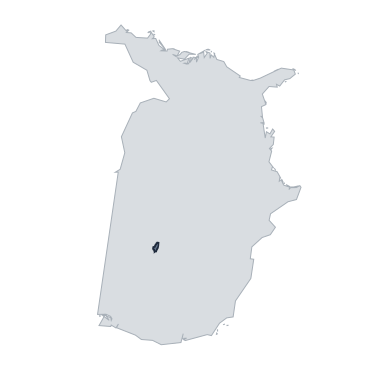 Hot Springs, Wyoming, United States of America shown in context, rotated 278°
{"feature_id": "52423323B29926314501901", "entity_name": "Hot Springs", "entity_type": "district", "adm_level": 2, "iso_a3": "USA", "parent_name": "United States of America", "parent_adm1": "Wyoming", "projection": "orthographic", "projection_center": [-108.577, 43.77], "detail": "fine", "context": "in_parent", "style": "filled", "palette": "slate", "viewbox_px": 384, "rotation_deg": 278, "n_neighbors": 0, "source": "geoboundaries", "source_scale": "gbopen_adm2", "svg_char_len": 4330}
<svg xmlns="http://www.w3.org/2000/svg" viewBox="0 0 384 384"><g transform="rotate(278 192 192)"><path d="M312.3,115.7L329.1,105.0L328.1,85.5L335.6,84.7L340.7,94.2L347.5,98.5L342.4,104.5L343.0,106.5L340.8,104.8L341.1,109.6L337.3,115.0L338.2,126.6L343.0,129.2L344.7,127.6L343.4,126.1L344.4,126.6L345.5,128.6L340.3,133.0L338.3,131.4L339.0,134.7L332.5,138.9L328.9,145.4L328.5,142.8L327.5,141.6L328.1,147.7L330.0,147.9L331.2,152.7L329.8,160.2L324.7,158.3L325.6,153.6L323.9,157.3L326.4,160.9L328.9,162.5L330.1,165.0L328.8,176.6L328.1,170.0L322.5,166.0L322.8,159.0L319.8,162.3L324.2,170.6L319.7,169.5L318.6,170.3L318.7,167.0L318.4,166.2L317.9,168.9L318.5,170.8L325.1,171.9L324.4,174.0L320.9,171.9L319.8,171.8L324.1,174.2L325.7,174.4L325.7,176.9L323.4,175.9L327.2,178.2L326.7,178.9L324.9,177.7L321.2,178.4L326.5,179.8L329.1,178.6L334.4,185.5L330.0,180.3L332.1,184.1L326.8,185.4L331.7,187.8L333.1,185.9L332.1,190.5L326.8,191.3L330.4,192.0L328.4,194.9L331.8,195.0L326.7,198.1L325.6,205.3L320.8,209.0L313.6,223.6L312.0,222.9L310.6,234.3L310.8,236.8L314.3,243.8L327.1,263.2L327.0,275.8L323.1,277.9L317.9,273.1L316.0,268.1L309.1,264.1L310.4,260.7L307.7,261.8L307.2,253.6L298.8,248.0L288.9,253.0L286.2,248.9L275.9,251.4L276.8,249.3L275.3,251.6L270.8,253.6L270.1,250.1L269.8,252.8L255.6,257.0L262.0,257.3L260.4,261.1L265.6,263.1L263.5,265.4L257.6,262.4L257.8,265.7L250.4,265.9L245.8,262.6L243.6,265.2L232.6,264.0L227.0,269.7L228.4,268.2L224.9,267.6L223.9,273.5L217.7,278.2L219.1,276.9L214.8,276.9L216.5,278.6L211.6,281.8L210.3,288.3L207.9,287.6L210.0,289.0L210.9,294.7L213.3,297.9L211.8,299.3L199.1,296.5L195.7,288.4L181.4,272.8L174.7,272.3L168.7,279.5L160.6,275.5L156.7,267.8L146.0,258.9L134.0,259.0L134.0,262.5L114.6,262.3L90.2,250.2L74.0,250.1L72.2,243.9L65.9,237.5L52.5,231.2L52.9,226.9L44.0,206.1L44.6,204.1L46.5,207.0L45.6,202.6L50.5,203.0L41.4,202.0L36.5,182.8L39.6,173.6L38.9,162.4L42.4,155.9L47.1,136.2L51.1,137.5L46.8,135.6L49.0,130.5L47.5,130.3L46.8,118.5L56.4,122.3L53.4,127.8L57.3,124.2L56.2,129.1L53.6,129.9L55.3,130.4L57.5,128.7L59.0,123.8L57.6,115.5L201.4,116.2L200.9,113.3L204.5,117.7L221.5,120.0L236.9,114.4L262.0,122.0L264.0,125.2L273.0,128.4L279.5,141.2L277.6,153.9L281.2,156.7L297.5,141.2L295.0,136.4L296.4,134.9L306.3,130.4L312.3,115.7ZM335.4,140.1L338.2,138.0L329.0,146.3L336.1,138.3L335.4,140.1ZM57.5,120.5L58.3,123.8L58.1,124.3L56.7,121.6L57.5,120.5ZM213.0,296.9L210.9,292.1L210.7,289.2L211.2,292.2L213.0,296.9ZM343.3,104.5L343.9,106.0L343.4,105.9L343.3,104.5ZM246.1,264.1L246.6,265.2L245.3,264.5L246.1,264.1ZM57.4,236.8L59.0,236.3L59.1,236.5L57.4,236.8ZM55.7,236.1L55.0,236.8L54.5,236.0L55.7,236.1ZM343.1,131.9L342.7,133.2L342.4,133.1L343.1,131.9ZM211.4,286.5L210.7,288.9L212.5,284.1L211.4,286.5ZM323.2,256.7L325.7,260.5L322.9,256.4L323.2,256.7ZM65.2,241.7L65.8,243.0L65.1,241.8L65.2,241.7ZM327.8,276.2L326.8,278.0L328.2,274.4L327.8,276.2ZM335.7,188.1L335.1,190.3L334.7,185.8L335.7,188.1ZM56.6,117.7L56.5,118.6L56.0,118.0L56.6,117.7ZM216.6,279.5L214.4,280.9L216.6,279.2L216.6,279.5ZM346.0,130.8L346.4,131.9L345.4,132.1L346.0,130.8ZM64.8,245.2L65.2,246.7L64.6,245.3L64.8,245.2ZM213.9,281.9L213.0,282.6L213.7,281.6L213.9,281.9ZM330.3,167.1L329.8,169.9L330.2,166.1L330.3,167.1ZM226.4,270.8L225.0,272.0L227.0,270.1L226.4,270.8ZM311.1,235.3L311.3,237.3L310.8,236.0L311.1,235.3ZM332.4,195.1L332.1,195.6L332.9,193.7L332.4,195.1ZM292.6,251.5L291.0,253.0L290.3,253.0L292.6,251.5ZM270.1,253.5L269.8,253.9L268.8,254.1L270.1,253.5ZM314.2,269.0L314.7,270.1L313.8,268.8L314.2,269.0ZM266.0,257.2L265.9,258.5L265.5,256.4L266.0,257.2ZM324.5,280.6L323.6,281.1L324.9,280.3L324.5,280.6ZM331.3,153.6L331.1,155.0L331.2,153.0L331.3,153.6ZM334.2,191.1L333.8,191.8L333.7,191.8L334.2,191.1Z" fill="#d9dde1" stroke="#a8b0b8" stroke-width="1"/><path d="M131.7,161.2L130.3,161.2L130.3,161.9L129.6,161.9L129.6,162.6L128.5,162.6L128.5,163.3L128.3,163.3L127.5,163.3L127.3,163.3L127.5,163.5L127.9,164.2L128.1,164.3L128.1,164.9L129.4,164.9L129.4,165.0L130.1,165.0L130.1,165.3L130.8,165.3L130.8,165.6L131.5,165.6L131.5,165.8L132.2,165.8L132.2,166.1L132.9,166.1L133.9,166.2L134.0,166.2L137.2,166.0L137.2,165.8L137.2,164.7L136.5,164.7L136.5,164.0L135.1,164.0L135.1,163.3L133.8,163.3L133.7,163.2L133.8,163.1L133.0,163.1L133.1,162.6L132.4,162.6L132.4,161.9L132.0,161.9L132.0,161.2L131.7,161.2Z" fill="#64748b" stroke="#1e293b" stroke-width="1.5"/></g></svg>